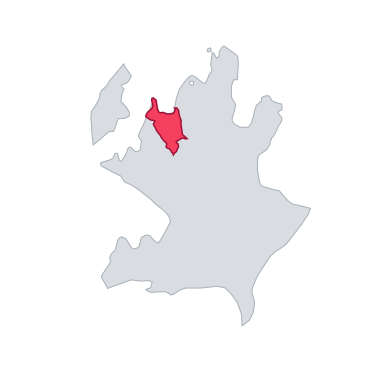 Kəlbəcər highlighted on a map of Azerbaijan, rotated 73°
{"feature_id": "AZE-1682", "entity_name": "Kəlbəcər", "entity_type": "District", "adm_level": 1, "iso_a3": "AZE", "parent_name": "Azerbaijan", "parent_adm1": "", "projection": "natural_earth1", "projection_center": [46.186, 40.056], "detail": "fine", "context": "in_parent", "style": "filled", "palette": "rose", "viewbox_px": 384, "rotation_deg": 73, "n_neighbors": 0, "source": "natural_earth", "source_scale": "10m", "svg_char_len": 4308}
<svg xmlns="http://www.w3.org/2000/svg" viewBox="0 0 384 384"><g transform="rotate(73 192 192)"><path d="M259.5,301.1L258.0,301.0L247.5,303.5L245.3,302.7L236.2,291.5L234.4,290.2L230.5,289.7L228.2,287.9L226.3,284.9L225.2,282.6L215.9,276.6L214.5,274.3L214.3,272.4L215.7,270.6L217.2,269.1L221.8,267.6L227.0,266.3L228.7,265.4L229.6,263.8L229.5,261.2L228.6,258.6L221.0,254.0L220.2,252.0L219.9,249.6L220.3,247.0L221.5,245.0L227.7,242.3L231.0,239.5L228.9,236.3L222.1,229.1L214.2,221.3L208.9,221.2L202.8,223.5L193.1,230.2L187.7,233.1L180.7,237.9L173.0,243.2L166.7,248.8L162.8,253.5L155.9,255.5L152.3,259.4L140.7,271.1L137.4,271.0L137.2,265.1L137.3,260.5L136.6,257.9L132.8,254.3L132.7,252.7L133.8,251.7L136.7,252.3L140.4,252.1L142.2,250.7L138.2,245.9L134.6,242.7L131.6,240.5L130.9,239.2L130.9,238.3L131.6,237.2L136.7,234.6L137.2,232.2L136.9,229.5L128.7,225.5L122.6,227.0L117.1,222.5L113.6,219.0L109.2,215.3L105.3,213.3L101.6,208.7L95.0,203.9L90.9,202.5L90.9,201.8L91.7,200.9L93.4,200.2L105.1,200.3L106.5,199.5L107.2,197.4L108.8,194.4L110.6,189.9L110.5,186.1L98.8,180.1L90.4,174.5L84.6,167.1L80.6,160.3L80.7,158.1L81.9,155.9L91.0,149.7L91.6,148.1L91.4,147.0L88.2,143.9L84.1,140.6L82.8,138.2L80.3,137.0L75.5,136.9L67.0,132.8L65.2,132.5L64.8,131.7L65.2,130.8L71.3,129.2L71.2,127.9L69.3,126.1L65.9,124.8L62.8,121.6L61.7,118.7L72.7,110.3L75.9,108.6L83.1,110.2L97.9,115.8L96.9,118.9L98.4,120.6L101.8,123.0L108.4,125.4L113.9,126.6L116.7,125.6L121.0,124.7L126.5,127.4L131.6,130.9L134.2,132.4L135.6,132.8L139.4,131.6L144.1,127.1L145.9,121.6L146.4,119.0L143.7,115.4L138.1,111.4L131.8,108.0L127.8,104.9L125.2,98.9L122.7,98.2L122.0,97.5L121.6,95.4L121.7,92.5L122.6,90.3L125.1,89.4L127.7,89.1L130.0,86.9L132.9,82.8L134.1,80.5L139.5,81.8L140.3,85.5L141.3,86.3L143.5,85.9L147.3,84.3L150.3,85.5L154.1,89.9L159.5,94.6L162.3,97.7L163.5,99.8L166.2,101.9L170.2,104.4L173.4,108.2L176.3,117.2L179.1,119.3L189.4,122.7L193.0,123.4L203.2,124.6L206.7,123.7L211.9,116.0L216.5,108.0L220.8,106.4L228.7,102.6L233.4,98.9L235.3,95.0L239.7,87.6L242.4,83.5L247.1,87.2L255.3,97.2L266.9,113.4L269.8,118.0L271.7,123.4L273.4,129.9L276.1,135.6L287.9,150.0L293.0,155.4L301.4,162.3L304.3,163.8L308.2,164.2L315.2,164.3L321.8,167.0L325.1,168.8L328.4,171.6L331.5,174.8L334.6,183.2L323.2,180.4L311.8,180.9L305.4,182.7L299.1,185.2L293.2,188.7L289.5,195.5L286.5,211.3L282.0,226.1L282.3,232.9L284.4,239.5L284.2,242.6L282.1,244.0L279.4,246.7L276.0,260.3L274.3,263.0L272.0,264.7L271.4,263.1L271.5,259.6L266.5,256.4L263.8,259.9L262.1,267.4L258.5,275.3L258.3,276.8L259.5,301.1ZM89.6,161.7L90.1,159.6L88.6,158.7L87.1,158.6L85.8,159.7L85.8,162.3L87.6,162.8L89.6,161.7ZM51.9,223.4L50.2,221.2L49.4,220.0L54.5,219.0L62.9,216.1L65.1,217.5L67.6,220.5L68.8,223.0L69.0,227.7L70.0,228.5L74.1,226.9L75.9,228.8L79.1,231.1L84.5,233.4L92.4,229.8L96.3,228.9L99.5,229.0L101.3,230.1L101.9,233.8L101.2,238.3L100.3,240.8L102.0,242.6L108.4,247.0L111.1,249.4L109.8,253.6L114.6,263.9L116.2,267.9L118.1,272.8L108.2,270.9L90.5,266.7L85.6,264.6L81.0,258.9L78.3,256.1L74.2,252.5L70.9,251.2L68.3,248.7L66.9,245.1L64.8,241.8L61.2,237.9L52.9,224.8L51.9,223.4ZM62.8,135.5L61.7,136.3L60.0,135.5L59.5,133.9L59.6,132.2L61.3,131.8L62.7,132.3L63.0,133.8L62.8,135.5Z" fill="#d9dde1" stroke="#a8b0b8" stroke-width="1"/><path d="M102.3,200.8L105.9,200.4L106.5,199.9L106.9,199.2L107.5,196.3L107.7,195.8L108.8,194.8L109.8,193.6L110.4,192.0L111.3,187.9L111.4,187.5L111.3,187.2L111.2,186.8L109.9,185.1L109.2,184.5L108.5,184.1L107.3,184.1L106.6,184.3L107.1,182.0L109.9,181.0L113.1,181.5L116.7,181.8L120.2,181.4L124.2,182.8L128.5,183.4L130.4,183.7L130.5,183.7L134.2,184.3L139.5,181.1L139.3,182.2L139.0,183.3L138.5,183.7L138.0,184.1L137.7,186.4L138.3,188.7L138.7,190.8L139.4,192.5L140.6,192.2L141.7,191.3L144.7,191.6L147.3,194.0L148.6,194.9L149.3,196.2L149.6,197.0L149.9,197.7L151.1,199.0L149.3,199.1L148.9,199.3L147.9,199.9L145.8,200.3L143.9,201.2L142.8,202.8L141.2,203.7L139.8,202.7L138.3,202.0L136.8,202.8L135.7,203.5L135.3,203.7L133.1,204.6L131.0,205.4L128.7,205.7L126.5,206.7L122.9,207.9L119.2,208.4L117.4,208.9L115.7,209.1L114.4,207.7L113.1,206.7L112.1,208.2L111.1,210.4L109.3,212.0L107.3,213.4L106.3,214.1L105.2,213.6L102.9,211.3L102.5,210.6L100.3,206.0L99.2,204.9L97.8,204.2L92.5,203.7L90.8,203.0L90.7,202.1L90.7,201.5L93.9,199.4L102.3,200.8Z" fill="#f43f5e" stroke="#9f1239" stroke-width="1.5"/></g></svg>